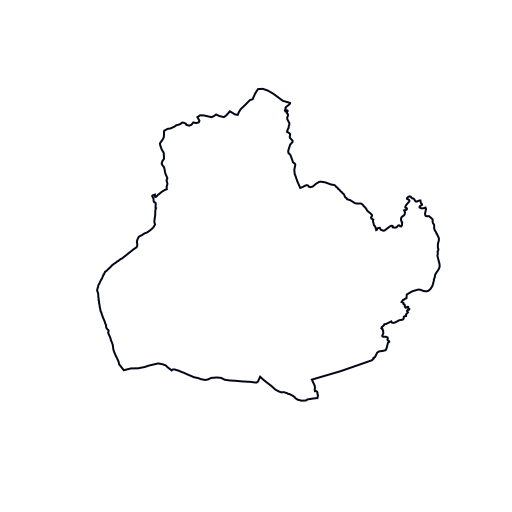 outline of Siguiri, Siguiri, Guinea, rotated 61°
{"feature_id": "49546643B83328532988272", "entity_name": "Siguiri", "entity_type": "district", "adm_level": 2, "iso_a3": "GIN", "parent_name": "Guinea", "parent_adm1": "Siguiri", "projection": "mercator", "projection_center": [-9.454, 11.68], "detail": "fine", "context": "isolated", "style": "outline", "palette": "ink", "viewbox_px": 512, "rotation_deg": 61, "n_neighbors": 0, "source": "geoboundaries", "source_scale": "gbopen_adm2", "svg_char_len": 6101}
<svg xmlns="http://www.w3.org/2000/svg" viewBox="0 0 512 512"><g transform="rotate(61 256 256)"><path d="M155.1,312.5L155.8,314.5L155.5,315.5L154.4,315.3L153.3,314.7L153.2,315.7L152.9,316.6L153.0,317.5L153.5,317.8L155.6,317.8L156.7,318.1L157.4,318.5L158.5,318.9L159.5,319.0L160.6,318.1L161.9,318.5L164.3,320.0L165.1,320.5L165.7,320.2L166.0,320.8L167.7,322.2L171.1,324.2L173.7,326.1L175.6,327.6L177.4,328.6L179.5,329.0L181.2,331.9L181.8,333.9L182.4,337.6L182.6,340.0L182.3,341.8L182.2,343.7L182.5,345.8L182.3,347.8L182.4,349.3L184.2,351.8L185.5,353.1L187.7,354.0L188.8,354.5L189.8,355.2L190.5,356.5L190.8,360.1L193.2,374.3L193.1,375.4L193.2,376.9L193.6,378.8L193.5,380.2L193.9,382.1L194.0,383.9L194.3,386.2L194.9,387.9L196.3,393.2L196.6,394.5L196.6,395.6L198.3,397.8L198.2,398.2L199.2,399.3L199.6,400.0L200.8,401.3L202.0,403.4L203.0,404.9L203.6,405.5L205.2,408.1L206.5,409.1L207.2,410.0L208.2,410.9L208.9,411.6L210.3,411.9L212.1,412.2L213.3,412.7L215.9,414.0L217.6,414.5L218.4,415.2L219.1,415.1L220.4,415.6L220.7,416.0L221.5,416.1L225.0,417.4L229.2,418.7L230.7,418.7L232.3,419.2L233.4,419.2L234.1,419.5L239.8,420.1L241.6,420.5L243.8,420.7L246.0,421.7L246.8,421.7L248.2,421.5L249.5,421.0L250.8,421.8L251.3,422.5L253.5,422.8L255.4,422.9L257.6,423.2L258.5,423.5L260.1,423.8L261.3,423.9L264.4,424.4L268.3,426.0L269.2,426.2L271.4,426.6L275.9,427.1L276.5,427.0L280.7,427.3L282.0,427.5L284.5,428.2L291.8,427.0L293.7,419.9L297.1,413.5L299.1,407.2L300.0,402.5L302.5,393.7L305.1,390.5L307.8,388.1L310.8,387.1L315.2,385.2L314.9,384.2L315.0,383.7L315.3,382.9L315.9,382.0L317.0,381.1L318.1,379.9L319.0,379.1L321.6,377.1L322.8,376.0L326.6,373.2L330.1,370.4L331.7,369.3L334.8,365.7L336.9,364.0L339.7,360.7L340.7,357.9L340.9,354.3L343.3,349.1L345.7,345.6L349.0,343.4L352.0,339.5L355.5,334.0L358.8,329.2L363.7,321.4L365.8,318.7L366.9,317.0L366.8,315.2L363.6,310.9L367.9,309.5L375.5,306.3L377.2,305.5L382.1,303.9L385.8,301.5L387.7,299.7L388.5,297.8L390.9,295.4L392.1,294.8L393.0,293.6L396.1,291.6L397.9,290.7L399.5,290.5L402.0,289.1L404.6,286.3L406.6,282.4L406.4,280.8L406.9,279.0L407.6,277.3L408.1,275.6L408.8,274.2L409.3,272.7L410.1,271.2L407.8,269.3L406.4,269.1L405.4,268.5L404.1,268.4L403.2,269.1L402.8,270.0L401.4,269.5L399.7,268.2L397.8,267.5L391.2,267.1L397.8,237.6L403.4,205.2L402.8,202.9L402.1,202.7L402.0,200.7L399.4,197.1L399.0,195.0L400.7,190.5L401.2,188.2L399.8,186.3L396.0,182.8L395.7,181.1L395.1,180.9L393.7,181.7L392.9,181.6L392.0,180.6L390.9,180.5L389.7,181.5L388.3,183.8L387.7,184.4L386.9,184.2L385.3,182.1L382.6,180.9L380.4,181.3L380.5,180.7L379.2,180.6L378.7,177.9L377.9,176.7L378.5,175.3L378.8,169.4L379.8,169.5L380.4,169.2L381.2,168.1L381.6,166.2L381.6,162.0L382.8,158.5L382.5,157.4L380.8,156.1L380.7,155.4L381.3,153.9L379.8,153.0L378.9,150.4L377.3,150.6L376.8,150.0L376.8,149.4L377.2,148.2L376.8,147.6L375.6,148.2L374.4,147.6L373.8,148.2L373.9,150.0L373.4,150.3L372.5,150.4L371.0,149.6L370.6,149.6L369.8,150.3L368.6,149.8L366.8,151.0L365.7,148.8L366.0,147.8L365.6,146.8L365.9,144.9L362.8,142.8L362.6,136.6L364.0,130.4L365.2,128.6L368.0,126.3L369.5,124.1L370.0,122.0L369.5,119.6L367.7,116.2L363.7,112.3L362.9,111.9L360.9,109.6L359.6,108.7L358.7,107.6L356.2,102.7L354.3,100.5L352.0,99.4L343.7,97.2L342.2,95.9L340.1,95.0L339.5,93.9L338.3,93.1L337.2,93.0L335.7,92.3L333.5,90.9L331.3,88.8L329.7,87.7L328.2,87.3L324.2,87.1L323.9,87.3L322.8,87.0L320.1,87.2L318.1,86.7L315.1,85.1L313.1,85.3L311.1,84.7L310.3,84.0L309.4,83.8L305.1,85.3L303.8,87.7L303.1,88.2L302.2,88.1L301.0,87.7L297.3,84.5L295.8,84.3L295.6,85.9L294.7,88.0L293.7,89.0L292.5,89.3L291.9,88.4L291.7,85.9L290.9,85.7L289.8,86.1L287.1,85.3L286.7,86.2L286.2,89.3L285.6,90.0L282.4,90.2L281.0,91.6L279.0,92.0L278.4,92.5L278.1,94.1L278.6,96.0L279.4,96.2L280.9,95.0L281.9,95.0L282.6,95.5L284.2,99.9L285.5,101.7L286.0,101.9L287.3,101.0L288.0,101.1L288.4,101.8L288.4,102.7L287.9,104.3L290.0,104.5L291.5,105.6L292.2,106.9L292.4,109.1L292.8,110.2L294.0,111.3L294.9,111.7L296.9,112.1L297.3,111.8L299.8,113.4L300.3,114.1L300.5,114.9L300.0,115.4L298.9,115.7L298.4,116.2L298.3,117.0L299.0,118.9L299.0,119.7L298.1,121.5L297.2,122.5L296.4,121.9L295.7,122.2L295.2,122.9L295.0,124.1L296.0,131.2L295.8,132.1L293.7,134.1L291.3,134.1L290.7,136.4L291.6,137.4L291.6,138.3L288.8,137.6L287.6,137.5L286.4,137.9L281.9,136.7L281.1,135.8L279.1,136.9L278.2,136.8L277.0,134.9L276.4,134.7L274.2,135.2L270.8,136.6L266.7,136.9L264.2,137.7L263.1,137.7L261.3,138.5L260.8,139.1L258.9,142.6L257.8,143.8L252.9,146.5L250.4,148.9L249.3,148.7L248.0,149.5L244.6,149.2L242.8,149.9L241.6,150.0L240.6,150.6L238.2,151.0L237.4,151.6L235.9,151.6L234.4,152.4L233.1,152.5L232.1,153.0L230.8,154.4L230.2,155.4L225.2,159.7L222.4,163.3L221.8,164.9L221.9,168.4L222.8,172.7L222.0,175.3L221.1,176.1L219.5,176.4L218.7,177.2L218.3,178.6L218.3,181.9L217.9,184.3L211.0,183.7L204.4,182.5L203.6,182.6L199.3,180.8L195.3,177.4L194.1,177.2L192.2,178.2L184.3,176.9L181.7,177.7L180.9,177.3L180.4,177.3L179.1,176.3L175.2,172.2L173.9,168.6L172.8,168.1L169.3,169.0L168.3,168.8L166.0,167.0L164.9,167.2L162.4,168.7L160.3,166.4L159.8,165.4L158.4,164.5L157.2,163.1L156.0,162.4L151.4,162.3L150.1,161.6L148.3,159.6L147.1,159.4L145.5,159.8L144.8,158.3L144.2,157.9L143.7,158.2L143.4,160.2L142.6,160.1L141.5,158.6L140.7,158.4L140.2,157.2L139.6,153.3L139.1,152.3L138.6,152.0L133.3,157.3L127.3,160.0L122.3,162.3L117.1,165.4L113.1,169.0L111.0,173.3L113.4,177.9L117.3,183.0L116.7,185.7L118.4,191.5L120.3,198.5L122.1,201.6L123.7,203.5L121.9,205.8L116.8,208.7L118.6,213.8L119.0,216.7L115.7,220.3L112.9,222.3L113.2,225.0L113.1,227.5L107.9,233.3L105.9,236.5L106.1,239.9L110.3,239.9L111.4,241.3L110.7,243.9L108.8,246.1L109.9,248.9L109.6,251.3L107.4,253.4L106.4,253.1L104.4,254.6L103.5,256.0L103.9,258.0L103.6,260.4L103.0,262.1L103.3,264.8L103.0,268.9L101.9,271.8L102.0,274.5L101.9,275.5L102.7,276.2L105.7,277.9L107.3,279.0L108.6,280.6L110.9,285.4L112.7,286.1L116.8,286.8L121.1,286.7L126.3,289.3L127.7,292.0L129.6,293.8L131.5,293.8L133.8,293.4L136.0,294.0L138.8,295.0L140.1,295.3L145.0,295.8L146.4,297.5L150.0,298.5L152.1,300.6L154.4,301.7L154.0,303.8L154.2,307.2L155.1,312.5Z" fill="none" stroke="#020617" stroke-width="2"/></g></svg>